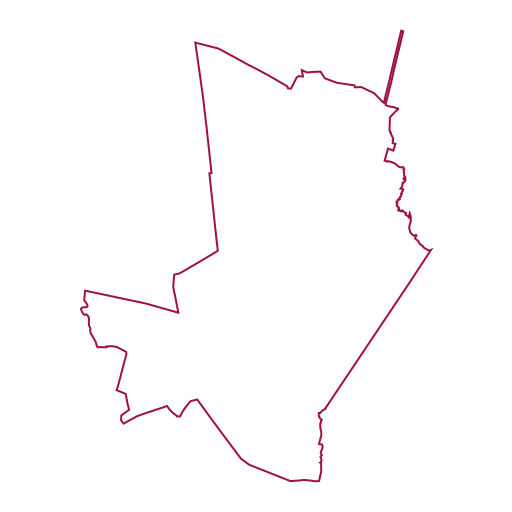 outline of Aizkraukle, Aizkraukles, Latvia
{"feature_id": "27541924B59656090985212", "entity_name": "Aizkraukle", "entity_type": "district", "adm_level": 2, "iso_a3": "LVA", "parent_name": "Latvia", "parent_adm1": "Aizkraukles", "projection": "mercator", "projection_center": [25.251, 56.596], "detail": "fine", "context": "isolated", "style": "outline", "palette": "rose", "viewbox_px": 512, "rotation_deg": 0, "n_neighbors": 0, "source": "geoboundaries", "source_scale": "gbopen_adm2", "svg_char_len": 5894}
<svg xmlns="http://www.w3.org/2000/svg" viewBox="0 0 512 512"><path d="M410.5,281.2L424.4,259.9L431.0,249.9L430.5,250.1L429.8,250.6L427.7,250.1L426.8,249.3L426.3,249.1L424.6,248.3L424.3,247.8L423.2,247.0L422.9,246.2L421.9,245.3L421.1,245.2L419.6,243.5L419.1,242.8L418.4,241.4L417.6,240.5L416.5,239.7L415.2,238.6L415.2,237.5L415.6,236.8L416.2,236.3L416.4,235.4L416.0,234.9L413.9,235.7L413.1,235.3L411.5,233.8L410.3,232.4L409.9,230.6L409.3,228.6L409.2,227.4L409.5,225.9L409.9,224.2L410.6,221.8L410.9,220.4L410.6,218.1L410.7,217.0L410.3,214.8L409.7,213.3L408.8,217.3L407.9,216.2L405.6,214.7L406.0,213.8L406.1,213.1L405.9,212.9L405.2,212.8L404.8,212.6L404.3,211.8L403.8,211.6L402.5,210.6L402.1,210.4L401.8,210.5L401.7,210.8L401.7,211.4L401.0,211.3L400.5,211.1L399.8,210.9L399.7,210.6L399.6,210.3L399.4,210.3L398.9,210.5L398.5,210.4L398.3,210.4L398.3,209.6L398.5,209.6L398.8,209.7L399.1,209.6L399.2,209.1L399.0,208.5L398.8,207.6L398.5,207.4L398.1,207.1L398.1,206.8L397.8,206.4L397.2,206.3L397.0,206.2L396.8,205.6L396.8,205.3L396.9,203.9L397.1,203.8L397.4,203.5L397.2,202.5L396.8,202.5L396.6,202.4L396.4,202.0L396.7,201.8L397.0,201.5L397.4,201.1L397.6,200.7L397.5,200.4L397.6,200.1L397.9,199.5L398.3,199.4L398.5,199.7L398.9,199.8L399.0,199.6L399.6,199.4L399.8,199.3L399.9,199.1L399.8,198.9L399.7,198.4L399.7,198.0L399.6,197.7L399.7,197.2L400.1,196.9L400.4,196.9L400.6,196.8L400.6,196.7L401.0,196.1L401.3,195.6L401.4,195.2L401.4,194.9L401.2,194.5L401.0,194.2L400.9,193.8L401.3,193.4L401.9,193.3L402.0,192.3L402.1,191.5L402.7,191.0L403.2,189.5L402.7,189.1L400.5,188.6L402.2,186.6L402.3,184.7L402.7,184.8L402.9,184.9L402.6,184.5L402.7,183.9L402.6,183.0L402.8,182.5L403.0,182.4L403.6,182.7L404.0,182.3L404.4,182.0L404.7,181.5L405.3,180.7L405.6,179.9L405.3,179.2L404.9,178.7L404.6,178.6L404.5,178.9L404.1,179.2L403.7,179.3L403.6,179.1L403.5,178.5L403.6,178.3L404.4,177.6L404.9,177.6L405.3,177.6L405.4,177.3L405.0,176.6L404.6,176.4L404.5,176.2L404.3,175.8L404.1,175.2L404.1,174.6L404.2,174.2L404.1,173.9L403.8,170.8L403.8,170.1L403.5,169.5L404.2,169.2L403.6,168.2L403.6,167.5L403.1,167.2L400.0,167.3L398.1,166.3L396.5,164.8L395.4,164.0L395.1,163.7L393.3,162.8L390.6,161.7L387.5,161.2L387.3,161.6L384.6,160.7L384.8,160.0L385.8,156.4L388.0,148.6L392.7,150.3L393.3,150.6L395.0,145.4L395.5,143.9L392.7,143.2L393.0,140.1L392.8,140.1L393.1,138.4L392.0,136.1L390.3,132.4L390.6,132.4L389.4,129.7L389.4,129.3L389.7,125.5L389.9,117.4L394.6,112.4L398.1,109.2L397.8,108.3L397.0,108.6L394.6,107.4L392.0,106.9L388.3,106.2L385.6,105.0L386.0,102.8L388.0,95.0L388.6,92.6L389.3,89.6L389.7,88.1L391.3,82.0L391.6,80.6L394.0,69.8L395.7,62.8L397.6,54.6L399.6,46.5L403.2,31.6L403.2,31.3L401.2,30.7L400.1,35.2L396.7,49.7L395.6,53.8L395.0,56.2L394.8,57.4L394.0,60.7L393.2,63.9L392.6,66.7L392.0,68.9L392.0,69.2L391.1,72.8L390.3,76.1L389.8,78.9L385.5,95.9L384.0,102.2L383.9,102.8L383.2,102.5L382.7,102.1L374.2,93.2L361.3,87.1L354.9,87.3L354.5,85.4L345.9,84.1L339.7,83.2L337.0,82.8L334.0,81.7L325.0,78.4L324.9,78.3L320.5,71.7L320.4,71.6L311.7,72.0L310.9,72.1L309.8,72.2L309.5,72.3L307.0,72.4L306.8,72.4L306.5,72.3L301.8,70.1L303.0,76.5L298.5,76.2L296.6,77.6L291.0,88.6L288.1,88.5L287.1,86.2L269.7,76.1L256.4,68.9L248.6,65.0L244.8,62.9L239.6,60.0L220.2,49.5L217.9,48.4L212.7,47.1L203.1,44.6L197.1,43.1L195.3,42.7L197.4,57.0L197.7,59.3L198.0,61.6L198.5,65.2L198.8,67.4L199.1,69.4L199.7,73.3L200.3,77.9L200.7,80.7L201.3,84.9L202.2,91.1L202.5,93.2L206.7,128.4L208.1,141.6L209.4,153.2L209.5,154.4L211.5,173.1L209.4,173.3L210.1,180.3L211.6,194.3L212.4,201.3L212.7,204.0L213.6,212.7L215.2,227.8L215.5,230.4L216.5,239.6L217.8,250.8L204.0,259.1L193.8,265.1L179.6,273.4L174.2,274.7L173.2,287.0L175.6,298.6L178.3,312.7L145.8,303.5L85.1,290.7L84.2,300.3L86.5,303.4L87.0,304.3L87.6,306.0L87.3,306.5L86.9,307.1L86.4,307.2L84.6,307.2L83.0,307.5L82.0,307.6L81.0,308.7L81.1,309.5L81.9,311.6L83.2,313.8L83.8,314.4L84.6,314.9L86.3,314.3L87.7,315.6L88.3,316.5L88.8,317.8L89.0,319.0L88.9,319.8L89.0,320.3L88.8,321.5L89.0,324.5L89.1,325.7L90.4,328.4L90.2,330.0L90.3,331.3L90.6,333.1L91.2,334.1L92.0,335.1L92.1,335.5L92.3,335.8L92.7,336.6L93.0,337.2L94.2,339.2L95.0,340.6L95.9,342.5L96.1,343.2L96.3,344.3L96.7,345.3L96.9,345.7L97.0,346.0L97.1,346.3L97.3,346.8L97.5,347.3L97.8,347.3L101.4,347.0L101.7,347.3L106.2,347.2L106.5,347.2L106.5,346.6L106.5,346.4L108.6,346.3L110.4,346.2L111.0,346.2L114.3,346.5L116.5,346.8L126.1,351.9L126.5,353.5L126.0,355.4L125.5,357.3L125.1,359.1L122.7,368.2L121.7,371.9L121.2,373.7L120.8,375.5L120.3,377.3L119.3,381.0L118.3,385.0L116.6,390.2L125.7,393.9L127.6,404.0L129.1,409.8L125.4,412.5L121.3,415.5L121.2,417.1L121.2,417.9L121.1,419.5L121.1,420.3L123.7,423.6L127.6,421.4L137.3,416.1L149.6,411.8L150.9,411.4L152.2,411.0L153.4,410.6L154.7,410.1L155.9,409.7L156.2,409.7L157.3,409.3L157.6,409.2L158.5,408.9L159.1,408.7L159.8,408.5L160.6,408.2L161.1,408.0L162.5,407.6L163.1,407.4L163.8,407.2L164.1,407.0L165.6,406.5L167.0,406.0L168.3,407.8L168.8,408.6L172.0,412.1L176.6,415.8L177.1,416.5L179.5,416.3L180.0,416.5L180.9,414.6L181.8,413.0L182.9,411.1L184.2,409.1L186.3,406.2L190.5,401.2L197.2,399.5L204.6,409.6L212.5,420.5L220.9,431.8L222.2,433.6L222.5,434.0L226.8,439.7L234.5,450.0L235.9,451.9L239.1,456.2L240.7,458.3L241.0,458.7L245.0,461.6L247.4,463.4L249.3,464.8L249.5,464.9L272.7,474.1L290.5,481.1L301.2,480.3L303.3,479.9L305.2,480.0L310.2,480.5L314.1,481.1L316.2,481.3L317.9,481.2L319.1,480.8L321.2,471.6L321.2,470.8L321.1,463.2L320.4,462.8L320.1,462.6L320.7,462.2L321.6,460.6L321.1,458.7L320.5,456.7L321.8,455.3L320.9,453.5L320.7,453.1L320.9,451.7L322.4,448.4L322.6,445.9L322.1,444.6L319.0,444.0L319.6,441.5L320.0,440.0L320.7,437.5L321.0,436.4L321.4,434.9L321.3,433.8L321.3,433.5L321.1,430.8L320.4,428.7L320.3,425.7L320.1,423.8L320.8,423.1L320.9,420.8L321.8,419.9L320.1,418.4L318.7,416.0L318.8,413.0L320.5,412.8L322.4,410.5L323.7,409.8L325.4,408.9L325.2,408.6L410.5,281.2Z" fill="none" stroke="#9f1239" stroke-width="2"/></svg>